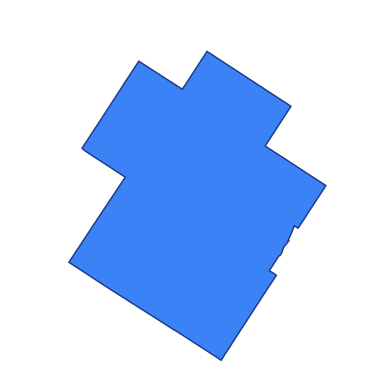 Naracoorte Lucindale, South Australia, Australia (Mercator projection), rotated 123°
{"feature_id": "25037944B94364154888431", "entity_name": "Naracoorte Lucindale", "entity_type": "district", "adm_level": 2, "iso_a3": "AUS", "parent_name": "Australia", "parent_adm1": "South Australia", "projection": "mercator", "projection_center": [140.584, -36.995], "detail": "fine", "context": "isolated", "style": "filled", "palette": "blue", "viewbox_px": 384, "rotation_deg": 123, "n_neighbors": 0, "source": "geoboundaries", "source_scale": "gbopen_adm2", "svg_char_len": 2951}
<svg xmlns="http://www.w3.org/2000/svg" viewBox="0 0 384 384"><g transform="rotate(123 192 192)"><path d="M317.2,75.9L313.4,75.9L313.2,76.0L312.9,76.0L308.3,76.0L302.8,75.9L302.6,75.9L295.8,76.0L293.9,76.0L293.6,76.0L288.2,76.0L280.7,76.0L276.7,76.0L272.1,76.0L267.0,76.0L264.4,76.0L257.2,76.0L251.4,76.0L244.7,76.0L238.5,76.0L238.4,76.0L235.2,76.0L234.9,76.0L233.7,76.0L223.8,75.9L219.9,75.9L215.9,75.9L215.8,78.4L215.8,82.5L215.9,84.2L215.9,84.3L206.5,84.3L197.9,84.3L197.4,83.6L194.2,83.6L193.1,83.9L188.8,85.0L184.6,84.6L180.1,84.2L180.1,84.3L180.4,85.0L179.6,85.1L174.2,85.9L172.5,86.2L171.8,86.3L164.7,87.8L164.6,85.4L164.6,83.9L164.6,83.4L164.4,83.4L164.1,83.4L163.5,83.3L161.9,83.3L155.6,83.3L155.4,83.2L154.7,83.2L151.4,83.2L149.3,83.2L149.3,83.3L146.5,83.3L143.1,83.3L129.9,83.2L113.7,83.2L113.7,105.3L113.6,132.5L113.6,148.9L113.5,149.0L113.5,149.3L113.6,150.9L113.6,152.0L113.6,153.0L113.6,155.7L109.5,155.7L106.8,155.7L101.1,155.7L97.8,155.7L92.4,155.7L89.2,155.7L85.3,155.7L82.4,155.7L78.4,155.7L76.3,155.7L66.2,155.7L66.2,177.4L66.1,193.9L66.1,204.9L66.1,212.8L66.0,217.3L66.0,218.5L66.0,219.1L66.0,219.9L66.0,220.7L66.0,220.8L66.0,221.1L66.0,222.5L66.0,225.7L66.0,226.0L66.0,230.0L66.0,242.0L66.0,244.8L65.9,246.5L65.9,256.0L71.0,256.0L74.1,256.0L78.1,256.0L78.3,256.0L80.0,256.0L82.1,256.0L83.2,256.0L84.8,256.0L92.9,256.0L93.9,256.0L94.0,256.0L100.8,256.0L101.9,256.0L103.4,256.0L106.8,256.0L107.4,256.1L111.1,256.1L111.1,267.9L111.2,275.8L111.2,284.6L111.2,288.2L111.3,306.8L111.3,307.3L111.3,307.8L116.2,307.9L121.9,307.9L126.0,307.9L130.8,307.9L135.5,308.0L139.2,308.0L145.8,307.9L149.7,307.9L154.4,307.9L162.8,307.9L169.5,307.9L170.9,307.9L174.0,307.9L176.9,307.9L181.7,307.9L186.0,307.9L193.0,308.0L196.0,308.0L201.0,308.0L205.5,308.0L207.6,308.0L212.3,308.1L215.0,308.1L215.3,308.0L215.8,303.7L215.9,266.1L215.9,264.5L215.9,261.0L215.9,257.2L215.9,256.1L219.9,256.1L229.6,256.2L238.3,256.3L243.0,256.4L244.7,256.4L245.0,256.4L245.8,256.4L247.0,256.4L250.5,256.4L258.6,256.5L267.4,256.6L268.8,256.6L271.0,256.6L272.6,256.7L276.9,256.7L279.7,256.7L280.1,256.7L280.9,256.7L281.7,256.7L282.9,256.7L289.3,256.8L291.1,256.8L291.7,256.8L293.6,256.8L298.3,256.8L300.2,256.8L300.3,256.8L305.6,256.9L309.8,256.9L313.9,256.9L317.9,256.9L318.0,256.9L318.0,253.9L318.0,251.1L318.0,250.9L318.0,240.1L318.0,236.7L318.0,232.7L318.1,225.9L318.1,225.0L318.1,217.2L318.1,206.2L318.1,204.8L318.0,200.9L318.0,200.2L318.0,196.5L317.9,195.6L317.9,192.9L317.9,182.9L317.8,178.0L317.8,173.0L317.8,170.5L317.7,167.6L317.7,164.7L317.7,164.0L317.7,161.8L317.6,159.7L317.6,155.4L317.6,153.0L317.6,150.6L317.6,149.3L317.5,145.6L317.5,144.3L317.5,142.5L317.5,141.9L317.5,139.7L317.4,132.2L317.3,131.0L317.3,130.8L317.2,119.9L317.2,117.7L317.2,111.0L317.2,110.5L317.2,104.9L317.2,99.1L317.1,98.9L317.1,98.6L317.1,96.9L317.1,96.0L317.1,95.8L317.2,84.8L317.2,83.7L317.2,83.4L317.2,76.0L317.2,75.9Z" fill="#3b82f6" stroke="#1e3a8a" stroke-width="1.5"/></g></svg>